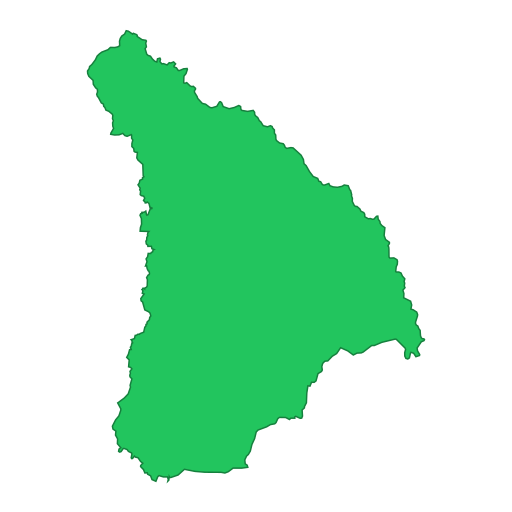 outline of Gile, Zambezia, Mozambique
{"feature_id": "85939544B5310870224650", "entity_name": "Gile", "entity_type": "district", "adm_level": 2, "iso_a3": "MOZ", "parent_name": "Mozambique", "parent_adm1": "Zambezia", "projection": "natural_earth1", "projection_center": [38.293, -15.881], "detail": "fine", "context": "isolated", "style": "filled", "palette": "green", "viewbox_px": 512, "rotation_deg": 0, "n_neighbors": 0, "source": "geoboundaries", "source_scale": "gbopen_adm2", "svg_char_len": 6024}
<svg xmlns="http://www.w3.org/2000/svg" viewBox="0 0 512 512"><path d="M117.7,402.9L120.8,408.8L120.8,410.2L118.9,415.9L115.6,419.9L112.4,426.2L113.0,429.1L115.9,431.1L115.5,435.1L117.6,438.9L117.4,443.7L120.8,447.7L119.0,449.1L118.6,451.4L119.7,452.1L121.1,451.6L123.2,448.6L124.0,448.4L127.2,449.6L128.4,451.4L131.5,452.9L131.9,454.0L131.2,457.8L131.7,458.6L132.5,458.5L134.4,456.1L135.4,457.1L138.0,457.7L140.6,461.5L142.8,463.2L140.7,465.5L140.6,466.6L143.5,469.6L144.9,473.0L147.2,472.7L147.6,474.2L150.6,475.8L152.0,479.6L155.9,481.3L157.8,476.6L159.0,475.6L163.3,476.9L167.4,476.9L168.3,479.4L167.9,481.1L168.8,480.2L169.2,476.5L169.7,477.5L170.8,477.5L178.1,475.0L184.4,469.3L195.1,471.4L205.0,472.2L221.0,472.3L224.9,473.0L228.3,471.7L233.1,468.1L241.9,468.1L247.8,467.3L247.2,465.2L245.2,463.8L244.8,459.8L246.6,456.0L248.3,454.5L250.3,451.1L251.9,444.5L254.6,438.6L256.2,432.0L258.1,430.0L266.7,426.8L270.4,424.6L274.7,423.8L276.0,422.6L277.8,418.6L279.4,417.4L285.7,417.5L289.5,419.5L290.8,418.2L294.8,418.2L294.7,416.9L295.7,416.3L300.2,418.3L301.7,418.1L302.5,416.1L302.1,410.0L304.4,407.9L304.5,406.5L306.4,402.8L306.8,392.9L307.9,385.8L310.0,386.1L311.5,382.3L314.2,382.3L316.0,380.9L318.0,373.6L321.5,371.5L322.3,370.0L321.8,366.6L322.7,363.4L324.8,361.2L327.8,360.9L332.3,356.2L336.6,353.6L340.6,347.7L347.8,350.9L353.3,355.0L357.0,353.1L361.2,352.9L363.1,352.1L371.7,345.5L374.3,345.5L381.9,342.3L395.1,339.1L396.3,339.3L405.2,348.2L405.6,349.4L404.7,352.7L404.8,356.1L405.9,358.4L407.8,359.0L409.4,357.9L410.4,353.3L411.0,352.3L413.7,353.3L415.9,356.7L419.5,355.5L419.7,354.6L417.5,350.8L417.1,348.0L421.3,341.8L423.9,340.7L424.5,339.7L424.0,338.9L422.1,338.6L421.3,337.8L420.5,335.8L420.1,330.3L418.8,328.7L417.8,326.0L416.3,325.1L415.5,323.4L415.6,321.9L417.5,315.9L417.6,314.5L416.7,312.1L413.2,309.8L410.9,309.1L411.7,305.0L410.6,301.2L403.7,297.8L403.9,293.6L402.9,290.1L405.0,287.7L404.3,286.1L404.7,283.1L404.1,281.6L404.8,278.8L402.4,276.1L401.0,273.0L398.8,272.0L396.2,272.0L395.7,271.4L396.2,266.8L397.3,264.3L397.5,261.2L397.0,259.7L393.9,257.9L389.9,258.1L389.0,257.0L388.9,249.1L388.7,247.0L388.0,245.8L389.4,243.5L389.4,242.3L385.6,239.5L384.1,235.5L384.9,227.7L381.9,225.6L380.2,223.5L379.9,221.5L378.2,219.2L377.8,216.1L376.5,216.3L373.9,219.1L372.6,219.3L370.2,218.5L368.4,218.8L364.8,216.8L364.7,214.2L363.8,212.6L360.9,211.2L359.9,209.0L356.9,206.4L355.5,206.4L354.3,205.5L352.3,201.4L352.4,198.3L351.5,195.9L351.7,194.8L350.6,190.4L349.8,189.8L348.2,185.7L344.2,185.0L342.1,186.3L337.5,187.3L333.2,186.9L329.9,185.7L328.8,183.5L324.7,185.0L323.2,185.0L322.2,184.3L320.6,181.7L318.9,181.3L317.7,178.4L313.2,176.5L309.5,171.6L306.1,165.6L304.0,163.7L303.4,159.4L301.1,155.2L293.1,147.9L290.9,147.6L286.7,148.4L285.1,147.2L284.4,145.2L283.2,143.7L279.6,143.0L276.7,140.7L275.9,139.4L275.7,135.0L274.4,133.2L274.4,129.9L272.7,128.1L272.1,126.5L270.4,125.7L267.5,126.8L263.2,125.7L260.6,121.6L259.4,120.8L257.7,117.5L255.5,115.8L254.7,114.4L254.6,112.3L253.2,110.4L247.6,111.4L241.8,110.4L240.9,109.4L240.6,106.5L238.8,105.5L234.3,107.5L229.1,108.7L223.2,106.6L221.6,102.7L220.4,101.7L219.5,101.9L216.8,106.3L211.9,107.8L209.8,107.4L205.6,104.2L202.3,103.4L197.7,98.4L197.1,96.5L194.6,92.5L194.4,90.9L195.5,89.2L195.5,88.3L193.3,86.3L191.8,86.6L190.2,86.0L186.7,82.6L185.0,83.3L183.7,82.8L183.9,76.2L186.0,73.6L187.4,69.3L187.1,68.5L183.6,68.8L179.7,70.5L178.3,70.5L176.4,67.8L174.1,66.9L174.0,66.0L175.6,63.9L173.6,61.9L170.8,63.0L169.2,62.7L167.1,64.9L163.4,63.6L161.9,63.9L159.9,61.6L160.5,59.2L159.9,58.1L157.5,58.8L156.8,62.0L154.7,61.2L152.3,58.9L150.5,56.2L148.1,55.4L146.8,54.3L145.1,48.6L146.4,46.9L145.7,43.1L146.4,41.1L145.9,40.3L142.1,39.7L137.2,36.5L137.2,35.2L136.3,34.5L133.3,33.3L132.6,34.1L128.4,31.2L126.2,30.7L124.6,34.1L121.8,36.0L120.3,38.4L119.5,41.2L119.7,45.7L117.7,46.9L114.8,47.5L110.4,47.4L108.0,49.7L101.8,52.1L99.4,53.9L97.2,56.0L95.4,59.8L91.8,64.6L89.6,66.5L89.2,68.5L87.5,71.0L87.7,73.6L88.9,76.4L93.1,80.4L93.3,84.3L95.6,87.8L97.4,89.3L97.5,92.1L96.7,94.2L97.3,96.2L98.5,97.6L101.3,102.9L103.4,104.1L103.7,106.3L104.9,107.5L105.9,110.1L108.8,111.3L112.2,114.1L112.8,115.4L112.5,118.7L113.4,120.8L112.6,122.8L112.8,126.2L113.6,128.4L110.9,133.1L110.7,134.3L114.6,135.0L119.1,134.8L122.8,133.4L124.9,135.6L127.1,136.3L131.3,134.6L131.6,135.1L131.6,138.2L132.8,140.0L131.9,143.6L131.9,146.6L133.7,148.4L134.1,151.4L135.1,152.1L137.4,152.4L136.8,157.9L138.0,160.1L142.8,164.4L143.2,175.7L143.9,176.8L142.5,177.7L142.6,179.1L139.9,180.3L139.2,183.2L138.0,184.8L140.2,188.2L139.7,189.8L140.6,191.0L140.2,194.6L141.3,195.6L143.7,196.2L144.7,198.2L143.5,200.5L145.1,202.1L145.2,202.9L146.1,202.9L147.2,202.0L149.0,203.5L150.1,208.0L150.6,207.4L152.0,208.1L151.7,208.7L151.0,208.4L150.1,209.3L148.0,214.7L146.9,215.2L146.5,214.7L145.8,211.1L144.3,212.2L141.9,212.4L142.2,213.3L140.7,213.7L140.0,215.3L141.4,218.5L141.6,224.1L140.4,227.7L140.1,231.2L148.8,231.5L148.0,232.3L147.4,234.9L147.8,235.7L146.8,237.4L146.6,240.4L145.9,241.1L146.3,243.9L147.8,245.2L147.9,246.4L151.4,246.3L151.9,248.7L154.0,249.5L153.1,249.9L152.6,251.9L151.3,252.4L150.7,253.5L148.2,253.4L147.6,256.8L146.1,258.9L147.0,261.7L145.5,266.0L146.6,265.8L147.2,268.7L148.2,270.8L149.0,271.3L149.5,273.2L149.3,274.5L148.1,275.1L146.6,277.6L147.4,279.6L147.2,285.9L146.6,287.1L144.8,288.1L144.7,289.0L143.9,288.2L142.8,288.3L142.6,289.3L142.0,289.5L142.9,290.9L142.3,293.3L144.1,294.0L140.8,298.6L141.1,300.8L142.6,302.0L144.8,309.9L148.7,311.8L150.1,313.2L150.8,316.0L149.7,317.4L149.4,319.7L147.0,322.2L147.1,323.8L146.0,324.4L145.9,326.0L144.8,327.2L143.7,332.2L140.0,333.6L139.5,334.3L137.9,334.2L136.4,335.3L135.2,335.4L134.4,338.6L131.1,339.7L132.1,340.8L132.0,342.3L132.6,342.9L131.7,343.8L131.2,346.4L130.4,347.2L131.2,349.5L129.6,349.7L128.4,354.2L126.7,357.4L129.2,359.9L128.6,366.8L130.6,367.4L131.9,368.9L130.0,371.3L130.4,373.3L129.8,375.2L130.0,376.8L131.9,378.9L130.1,385.3L130.5,387.2L128.2,393.9L124.2,398.1L117.7,402.9Z" fill="#22c55e" stroke="#15803d" stroke-width="1.5"/></svg>